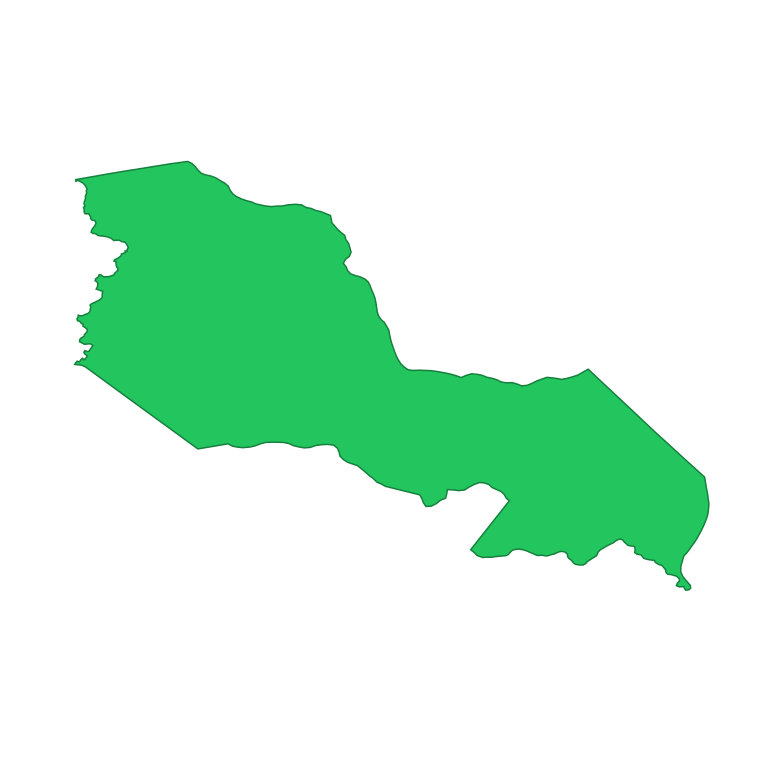 Manaquiri, Amazonas, Brazil, rotated 81°
{"feature_id": "56859067B81028686710447", "entity_name": "Manaquiri", "entity_type": "district", "adm_level": 2, "iso_a3": "BRA", "parent_name": "Brazil", "parent_adm1": "Amazonas", "projection": "equal_earth", "projection_center": [-60.676, -3.744], "detail": "fine", "context": "isolated", "style": "filled", "palette": "green", "viewbox_px": 768, "rotation_deg": 81, "n_neighbors": 0, "source": "geoboundaries", "source_scale": "gbopen_adm2", "svg_char_len": 5469}
<svg xmlns="http://www.w3.org/2000/svg" viewBox="0 0 768 768"><g transform="rotate(81 384 384)"><path d="M316.3,686.4L318.1,679.7L320.4,676.2L363.3,633.6L419.0,578.0L418.7,547.3L421.8,543.3L423.6,538.0L424.8,533.4L425.3,526.4L424.9,520.9L423.7,515.2L423.2,509.8L423.8,504.5L424.9,498.2L426.0,492.4L428.0,487.1L430.7,483.1L432.7,478.3L434.6,472.9L435.1,466.7L434.1,461.3L434.2,455.2L434.8,449.2L436.5,443.3L440.1,440.0L444.3,439.0L448.5,438.7L452.5,435.7L455.8,431.9L458.2,427.3L460.6,422.8L467.6,416.6L472.7,412.4L475.4,409.6L479.8,406.4L482.1,402.6L485.3,398.6L499.1,366.0L503.2,364.5L507.6,363.6L511.5,361.7L512.1,356.5L510.3,351.0L507.5,346.1L506.5,341.1L502.3,339.2L498.2,337.9L499.5,332.0L501.0,326.9L501.3,320.9L500.0,318.1L499.2,316.2L497.4,311.0L496.3,305.2L497.2,300.9L499.6,296.2L503.1,293.5L508.6,285.1L512.1,282.4L515.9,281.1L519.0,278.5L561.2,324.3L564.5,321.3L568.0,318.8L570.9,313.4L571.0,310.5L571.5,307.5L572.0,304.7L571.9,301.5L572.1,297.9L572.4,293.5L572.6,290.6L571.9,288.0L570.1,285.8L568.6,283.8L568.0,281.6L567.9,279.3L568.2,276.3L569.1,273.8L569.8,271.9L571.5,268.5L572.9,266.6L574.2,264.3L575.8,261.9L577.1,259.8L577.6,257.9L577.8,254.8L578.9,251.9L579.3,249.7L579.1,247.6L578.6,244.8L578.6,242.6L577.8,240.0L577.1,237.1L577.1,234.8L578.2,231.6L580.8,229.4L583.0,229.7L585.1,228.8L587.0,226.8L589.4,225.4L591.0,224.3L592.1,222.9L593.4,219.1L593.9,215.7L592.9,212.8L591.1,210.7L588.7,205.3L587.3,201.7L586.1,200.4L583.7,198.9L581.5,196.2L580.1,192.4L578.8,189.2L578.1,187.1L576.7,182.3L575.3,179.9L574.2,176.8L574.3,174.2L575.6,172.5L577.8,171.3L581.5,168.3L582.7,165.4L583.1,162.7L584.6,161.8L586.8,161.9L589.7,162.7L591.5,161.0L592.4,158.6L593.1,156.8L594.8,155.8L596.5,155.0L597.7,153.0L598.9,150.1L599.8,147.1L600.6,144.5L602.7,143.9L605.2,140.9L606.5,138.1L608.2,136.9L609.8,136.0L611.5,134.9L613.0,135.1L614.9,134.6L616.4,133.3L617.1,130.4L618.3,127.8L619.5,125.2L622.7,122.7L625.0,123.2L626.5,125.4L628.9,126.7L630.4,124.4L630.8,122.0L631.1,119.4L633.2,119.2L634.9,118.1L634.9,114.7L633.4,113.0L630.9,112.9L625.8,116.1L623.8,117.3L621.4,118.8L616.4,120.2L614.0,120.0L610.2,119.2L603.0,115.8L601.2,115.0L599.8,113.6L598.4,111.6L595.4,108.5L592.4,105.6L589.9,103.0L587.4,100.7L584.1,97.9L578.1,93.3L573.4,90.1L567.4,86.5L564.2,84.9L561.7,84.0L556.1,82.5L552.3,81.7L550.5,81.8L548.1,81.8L544.0,81.6L537.6,81.8L529.1,81.9L526.2,81.9L521.4,85.7L516.8,89.4L504.9,99.0L483.5,116.0L481.3,117.8L474.5,123.3L458.8,135.4L453.2,139.7L416.6,168.2L401.3,180.0L403.4,185.6L405.4,190.8L406.4,196.7L407.1,202.8L407.2,207.9L405.5,212.6L402.9,221.9L404.8,232.5L406.6,237.9L407.7,242.9L407.4,248.2L404.9,252.5L402.7,257.1L402.0,262.7L400.5,267.6L397.4,272.0L395.2,276.6L393.3,281.6L390.6,286.0L388.9,290.9L387.6,296.1L388.4,301.7L389.7,306.8L387.2,311.3L385.1,315.7L383.0,320.9L379.4,331.2L377.9,336.7L377.3,339.9L375.9,346.9L375.2,353.0L373.8,357.9L370.0,361.8L366.5,364.3L362.1,366.2L358.2,367.5L353.5,368.5L344.0,370.2L340.1,370.5L335.7,370.8L331.7,370.8L327.0,372.5L323.2,374.1L319.7,376.9L316.0,378.7L311.8,379.4L302.4,379.3L297.8,379.5L293.6,380.3L288.6,381.6L284.7,382.4L280.8,383.6L277.4,386.4L274.5,390.7L272.3,395.6L269.9,399.8L266.3,402.2L262.3,403.1L258.5,405.3L254.8,402.5L252.5,398.2L248.6,395.9L244.1,396.4L239.5,397.0L235.3,399.1L231.0,399.6L227.8,402.6L224.3,405.5L220.6,407.7L216.8,410.2L209.2,410.5L203.9,419.3L201.9,424.3L199.2,428.5L197.5,433.3L194.2,437.3L192.7,443.0L192.0,450.7L192.3,456.5L191.5,462.0L191.2,467.4L189.7,473.0L187.9,477.8L186.0,482.5L183.4,486.5L181.3,491.4L178.7,496.2L175.6,500.7L172.3,503.8L168.4,505.7L164.2,506.9L160.7,509.9L157.4,514.1L154.0,518.0L151.5,522.4L149.6,527.5L147.1,531.7L143.6,534.3L139.6,536.5L136.1,539.3L133.5,543.0L133.1,559.5L133.2,608.1L133.3,620.3L133.9,656.5L135.6,656.6L135.0,654.5L136.3,652.6L138.3,650.1L139.6,649.0L140.9,648.2L143.0,647.4L145.0,646.7L146.6,647.9L149.0,647.8L150.5,648.9L152.0,649.6L154.0,649.8L156.3,651.0L158.6,652.1L161.4,651.5L162.5,653.1L164.0,653.0L165.8,653.0L167.4,653.2L169.1,652.7L169.7,648.7L171.5,648.4L172.9,647.5L174.8,647.9L176.3,646.9L177.4,644.1L179.8,643.2L182.3,644.7L183.5,646.0L184.7,647.2L186.3,648.7L188.4,649.5L189.7,647.8L190.6,645.0L192.5,643.4L193.3,641.2L194.0,638.3L194.9,635.5L195.7,633.7L197.1,631.1L198.7,629.5L200.0,628.5L200.2,624.9L200.9,622.4L202.4,620.7L203.5,617.4L206.2,616.2L209.2,615.2L210.9,616.7L212.5,616.7L212.1,618.9L213.7,618.8L214.2,621.1L214.5,623.0L216.1,623.6L217.4,625.6L218.5,628.2L218.9,630.4L220.3,631.5L221.2,629.6L223.3,629.9L225.1,629.9L226.8,629.7L228.4,628.6L230.3,629.4L232.2,632.3L234.0,633.9L234.4,635.9L234.9,638.6L234.6,641.4L234.4,643.6L233.5,645.1L232.1,646.3L231.5,648.2L233.5,649.5L235.1,652.4L236.8,653.2L238.0,651.7L239.9,650.9L242.9,651.7L245.3,653.4L246.5,650.8L247.5,649.3L248.3,647.3L251.2,648.3L254.1,648.8L255.3,649.8L256.5,652.0L258.5,658.2L259.0,660.3L260.1,662.0L261.9,661.6L263.4,662.0L265.4,662.8L267.0,663.7L268.0,665.3L268.5,668.0L269.3,670.7L269.1,673.4L268.2,675.2L269.9,675.6L271.7,677.1L273.6,676.8L274.6,674.7L276.6,673.6L278.0,671.7L279.7,672.3L281.5,670.4L283.3,668.7L285.6,668.8L287.2,670.7L288.4,672.2L289.9,672.7L291.2,676.0L292.6,677.6L294.6,678.1L296.5,675.5L298.0,673.3L298.1,669.9L298.5,667.3L300.5,665.6L302.2,667.1L303.4,668.5L305.4,670.0L305.5,672.0L304.2,674.3L305.8,675.5L307.3,674.9L308.5,673.8L310.3,672.6L311.6,674.2L313.3,676.5L311.4,677.8L312.7,679.7L314.6,681.4L313.4,683.4L314.8,685.2L316.3,686.4Z" fill="#22c55e" stroke="#15803d" stroke-width="1.5"/></g></svg>